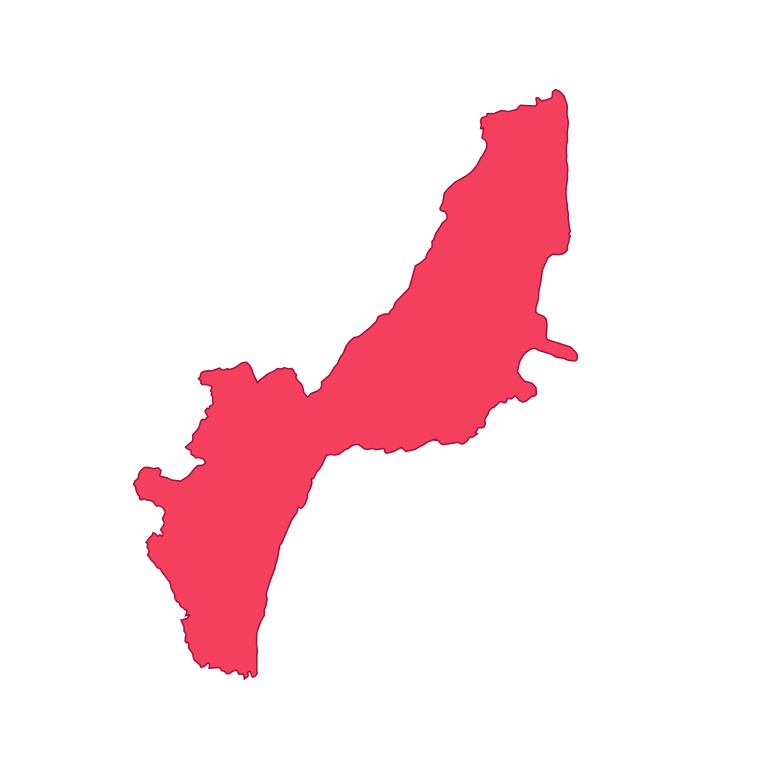 Garabito, Puntarenas, Costa Rica (Natural Earth projection), rotated 230°
{"feature_id": "36466004B76673798564195", "entity_name": "Garabito", "entity_type": "district", "adm_level": 2, "iso_a3": "CRI", "parent_name": "Costa Rica", "parent_adm1": "Puntarenas", "projection": "natural_earth1", "projection_center": [-84.613, 9.708], "detail": "fine", "context": "isolated", "style": "filled", "palette": "rose", "viewbox_px": 768, "rotation_deg": 230, "n_neighbors": 0, "source": "geoboundaries", "source_scale": "gbopen_adm2", "svg_char_len": 6078}
<svg xmlns="http://www.w3.org/2000/svg" viewBox="0 0 768 768"><g transform="rotate(230 384 384)"><path d="M469.8,130.6L468.1,127.7L464.8,127.4L461.3,125.5L457.1,124.2L454.9,124.5L453.4,123.1L451.8,123.1L451.1,123.8L450.9,125.3L449.6,126.8L447.8,127.5L446.4,129.0L443.1,131.3L436.8,131.3L435.3,133.4L432.1,135.1L427.4,134.6L425.7,133.3L423.3,127.7L419.0,126.6L418.4,126.0L417.2,123.6L416.1,119.4L415.4,119.0L411.7,118.9L410.4,117.5L410.2,116.0L412.6,115.5L412.8,112.8L416.4,112.6L418.5,111.7L417.1,108.8L417.0,105.9L415.6,99.8L413.5,100.2L411.2,97.6L407.4,97.0L405.8,95.0L405.2,92.9L401.2,93.1L400.4,92.5L398.0,92.5L395.5,92.9L388.8,92.3L386.7,93.8L385.7,93.8L383.3,93.1L370.0,92.5L367.7,91.6L365.7,90.2L361.0,88.8L358.6,88.7L356.8,88.0L355.3,86.6L352.0,85.5L350.2,85.5L349.2,86.3L347.8,86.3L345.9,85.5L343.5,85.5L342.2,86.1L339.6,86.3L338.6,87.0L336.4,87.0L334.1,83.0L332.5,86.3L332.0,86.4L331.1,82.5L333.5,76.7L326.2,74.6L323.3,72.0L319.4,71.5L317.9,69.3L314.7,66.2L312.6,66.3L312.1,67.8L311.4,67.9L310.0,67.2L307.6,64.7L300.0,64.1L298.0,62.6L294.6,61.1L287.5,62.5L284.9,61.6L284.1,62.2L284.0,64.0L283.1,64.7L283.5,69.3L283.1,70.3L281.8,70.3L280.2,69.1L278.7,67.3L273.0,75.2L272.2,75.7L269.6,75.3L267.9,75.9L266.7,77.1L263.5,77.1L261.6,79.1L261.1,83.9L259.8,87.1L254.8,86.4L252.0,90.0L247.8,87.4L247.5,91.8L248.3,92.9L250.7,94.1L250.4,95.9L249.9,96.5L248.8,96.5L245.6,95.1L244.1,94.9L243.7,95.2L243.1,97.3L243.2,99.0L244.0,101.0L246.7,102.7L257.6,112.0L261.0,115.5L266.2,118.8L275.1,126.5L281.4,137.0L283.8,143.9L287.8,146.9L290.3,151.4L294.2,156.1L299.0,158.8L306.0,169.6L312.8,181.8L314.7,183.8L317.8,189.0L327.4,200.5L327.9,203.4L339.2,225.7L341.4,234.3L344.8,239.2L342.6,240.1L341.9,241.4L342.2,244.4L343.5,247.7L346.4,252.6L348.9,254.5L351.8,261.3L354.4,265.0L358.1,267.7L357.3,268.5L357.1,269.9L359.7,275.4L360.4,280.1L361.8,284.4L366.4,294.3L363.8,298.4L361.4,300.4L359.1,304.6L358.7,311.9L357.5,315.0L357.4,318.8L356.8,321.8L354.0,325.7L347.4,327.1L344.4,329.3L341.7,334.2L339.5,335.1L338.2,336.5L335.0,342.0L333.4,342.5L332.2,341.2L330.1,341.0L329.0,342.1L326.4,347.2L324.1,356.5L318.1,357.5L313.8,366.0L313.0,372.0L312.0,374.8L311.8,379.0L309.6,386.0L308.6,388.0L308.5,386.7L306.2,389.1L301.8,389.1L299.5,390.3L292.4,402.2L291.3,403.3L288.1,405.0L287.1,406.9L286.8,410.5L287.8,414.2L287.8,415.9L286.7,417.2L286.4,418.2L285.8,423.5L288.1,422.9L288.7,425.8L289.6,426.8L289.6,428.2L287.3,431.3L286.9,433.2L287.6,434.9L289.2,436.9L291.7,437.8L294.5,445.0L296.0,447.5L296.2,452.1L295.4,453.1L295.9,460.7L295.1,462.7L292.8,463.6L291.8,464.5L291.9,466.7L293.6,468.7L293.3,469.5L290.6,472.2L290.6,476.7L289.4,477.2L284.4,477.0L282.9,478.0L281.5,478.1L280.3,479.8L279.5,482.7L279.5,489.3L278.1,491.4L278.1,494.1L283.6,498.1L287.9,498.1L289.6,497.7L293.2,495.5L294.5,494.1L296.2,493.5L299.6,493.2L307.7,494.1L313.3,501.4L314.6,503.8L316.7,509.8L316.9,513.3L316.3,518.9L314.5,522.5L309.7,524.5L299.3,531.3L293.6,533.3L288.6,537.9L284.0,540.3L279.6,544.2L278.7,545.7L278.7,547.5L281.6,550.7L285.7,551.3L292.2,550.8L312.8,537.7L314.9,538.1L316.6,539.3L324.7,547.0L329.3,549.8L333.2,549.8L338.7,546.9L341.7,546.6L344.9,549.5L349.9,557.0L356.4,563.1L360.0,568.1L369.5,578.6L375.2,590.1L375.3,595.4L375.0,596.5L370.5,601.4L369.0,604.0L368.4,606.2L368.4,609.3L369.4,611.1L371.9,613.1L373.9,616.8L376.5,619.5L377.3,621.7L380.4,622.0L380.9,624.4L381.5,625.1L384.7,626.6L393.5,632.3L394.8,634.0L400.2,636.9L402.9,639.3L409.0,642.8L414.9,647.4L424.9,658.0L426.4,658.9L428.9,661.5L433.3,665.0L437.7,667.1L441.4,670.7L445.8,673.8L449.9,677.7L452.2,680.8L458.5,685.6L465.7,693.3L473.0,697.5L478.7,702.7L480.8,704.0L488.8,706.9L492.3,706.9L495.7,706.5L499.5,704.5L499.5,700.9L495.9,697.4L495.7,695.9L497.3,690.8L499.6,686.6L503.8,686.3L505.2,684.7L504.7,683.6L500.4,681.4L499.7,680.6L499.9,678.4L509.8,667.7L509.8,665.0L509.0,663.6L509.5,661.1L512.6,654.6L518.2,649.5L520.4,642.1L524.8,636.9L523.5,635.3L523.2,634.1L524.7,631.2L524.9,629.3L523.4,626.9L519.7,624.9L517.9,622.3L516.6,622.7L516.5,624.7L515.7,624.6L509.5,617.2L505.2,618.4L501.1,616.8L498.5,613.7L495.3,605.7L495.2,603.8L491.6,595.3L490.3,587.1L490.5,581.1L492.7,569.8L492.9,567.0L492.5,559.5L491.5,553.0L485.2,545.7L483.2,540.8L481.9,539.2L480.5,539.0L477.5,541.0L476.0,541.6L472.6,540.6L470.6,539.1L469.8,537.0L469.8,531.7L468.4,528.3L466.3,520.9L463.0,515.2L462.1,511.9L459.6,510.4L457.8,508.4L457.6,505.2L456.7,502.6L455.4,499.5L453.5,496.9L453.3,490.8L454.3,483.9L441.3,465.0L439.4,446.9L438.4,443.4L436.3,440.1L435.9,435.9L434.7,432.9L434.8,432.0L436.1,431.1L437.8,428.3L438.2,426.1L439.2,424.1L439.2,422.7L436.9,418.4L436.5,412.4L436.1,411.3L436.5,396.2L437.3,393.5L439.0,390.8L438.6,384.3L437.1,378.6L434.0,373.2L432.5,367.5L429.3,361.1L429.1,357.8L425.8,347.9L425.8,337.4L423.6,335.9L421.9,333.8L421.2,332.1L421.5,328.2L423.6,322.0L423.5,319.9L422.8,317.8L423.0,316.8L429.2,317.2L434.9,320.3L437.7,320.7L441.7,320.1L444.6,320.3L445.9,321.0L447.5,323.0L450.1,322.6L452.8,323.6L455.3,323.2L456.8,320.6L460.6,318.2L461.3,315.2L464.3,312.2L464.7,307.9L466.4,301.7L466.8,292.6L466.6,287.8L467.7,288.4L476.2,290.4L479.4,291.9L483.9,293.1L488.3,292.8L490.0,291.6L491.7,288.0L492.0,282.0L493.3,277.3L494.7,274.7L496.3,273.9L498.2,269.2L501.8,268.4L504.4,261.6L505.8,259.1L507.1,258.0L508.9,255.2L509.9,252.7L509.8,250.4L507.6,247.7L507.3,245.2L503.7,245.9L502.5,244.2L500.5,244.3L497.6,247.7L493.0,250.5L491.4,249.4L490.5,246.7L488.4,246.9L487.1,244.8L483.9,244.5L481.7,242.0L479.1,240.8L478.5,239.9L478.5,238.7L479.1,236.0L477.8,234.8L477.9,233.7L479.1,232.8L478.9,230.9L477.8,229.1L472.5,228.2L472.0,227.7L471.9,223.7L473.7,222.3L473.8,220.5L470.2,215.1L468.9,211.7L468.0,204.7L464.3,201.9L463.3,199.9L463.3,191.4L461.5,191.4L457.8,193.0L456.4,193.0L454.3,191.1L450.8,192.2L448.8,192.0L446.2,195.2L442.5,197.4L438.2,196.8L438.3,193.0L441.3,188.8L441.0,184.4L439.2,175.4L440.3,165.8L447.1,159.5L451.9,157.4L456.9,153.3L458.4,153.5L459.0,155.0L461.1,157.5L464.9,157.2L467.3,153.1L471.4,150.0L473.4,147.8L474.2,146.6L474.0,141.9L472.8,138.7L469.7,134.8L469.8,130.6Z" fill="#f43f5e" stroke="#9f1239" stroke-width="1.5"/></g></svg>